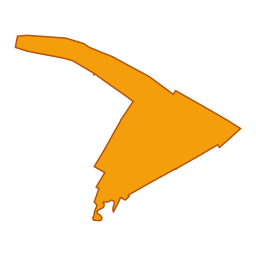 Banjul Central, Gambia
{"feature_id": "56634734B44527271765824", "entity_name": "Banjul Central", "entity_type": "district", "adm_level": 2, "iso_a3": "GMB", "parent_name": "Gambia", "parent_adm1": "", "projection": "albers", "projection_center": [-16.581, 13.457], "detail": "fine", "context": "isolated", "style": "filled", "palette": "amber", "viewbox_px": 256, "rotation_deg": 0, "n_neighbors": 0, "source": "geoboundaries", "source_scale": "gbopen_adm2", "svg_char_len": 1861}
<svg xmlns="http://www.w3.org/2000/svg" viewBox="0 0 256 256"><path d="M240.6,128.6L240.1,128.2L240.0,128.3L228.6,121.0L211.7,111.2L205.2,107.5L176.1,90.9L175.4,90.7L173.4,94.4L167.8,90.3L149.1,76.5L131.3,67.0L112.2,56.6L105.6,54.0L89.6,47.5L87.9,46.4L83.7,43.6L65.6,38.1L26.7,35.3L17.8,36.2L17.5,36.2L15.4,47.1L15.4,47.4L18.0,48.2L27.7,51.3L42.1,54.1L44.7,54.6L53.0,56.1L57.6,57.0L63.2,58.1L70.8,60.2L72.4,60.6L94.0,73.4L93.8,74.8L95.1,74.2L95.9,74.7L105.0,81.3L115.6,88.8L119.7,91.6L121.5,92.8L131.1,99.9L132.2,100.7L132.8,101.2L133.2,101.4L133.0,101.6L130.3,105.7L126.1,112.1L122.1,118.0L120.6,120.1L120.6,120.7L119.3,123.1L113.8,132.8L112.1,135.8L108.4,142.5L106.9,145.1L104.3,149.8L103.1,151.9L100.5,156.1L100.1,156.8L99.0,158.7L97.6,161.0L96.8,162.3L94.3,166.6L97.4,168.4L97.8,168.6L104.8,172.6L104.6,172.9L101.8,177.6L100.5,179.8L99.9,180.8L98.9,182.4L97.9,184.1L97.4,184.9L96.8,186.2L96.2,187.2L98.9,188.6L94.2,202.1L94.9,202.7L95.4,203.2L97.0,205.4L94.6,211.3L94.2,214.6L92.8,218.5L93.6,220.1L99.6,220.7L101.5,219.7L101.9,217.6L101.0,216.0L98.8,214.3L97.6,213.7L97.0,211.4L98.9,209.7L102.8,207.9L104.1,206.0L104.1,203.7L103.0,202.6L103.9,201.7L105.8,202.1L109.0,201.6L110.9,200.2L113.2,200.7L114.6,202.2L114.4,202.6L113.0,208.0L113.0,210.7L113.4,211.8L114.3,210.3L118.6,202.0L119.7,199.3L120.4,197.6L122.1,198.0L122.0,198.3L122.7,198.7L123.5,199.0L124.5,199.7L125.3,200.0L126.2,199.2L126.8,198.7L127.2,198.2L127.8,197.6L128.4,196.9L129.2,196.0L128.3,195.1L139.2,188.9L142.2,187.2L149.6,183.0L154.9,180.1L159.3,177.6L160.1,176.9L160.2,177.1L161.2,176.6L173.3,170.0L175.0,168.8L175.4,169.1L175.8,169.3L176.2,169.0L176.7,168.4L179.2,167.0L182.0,165.4L185.1,163.6L194.4,158.4L217.6,144.8L217.9,145.2L219.2,147.0L219.3,147.2L219.5,147.5L220.1,146.9L232.5,135.9L234.4,134.2L239.8,129.3L240.6,128.6Z" fill="#f59e0b" stroke="#b45309" stroke-width="1.5"/></svg>